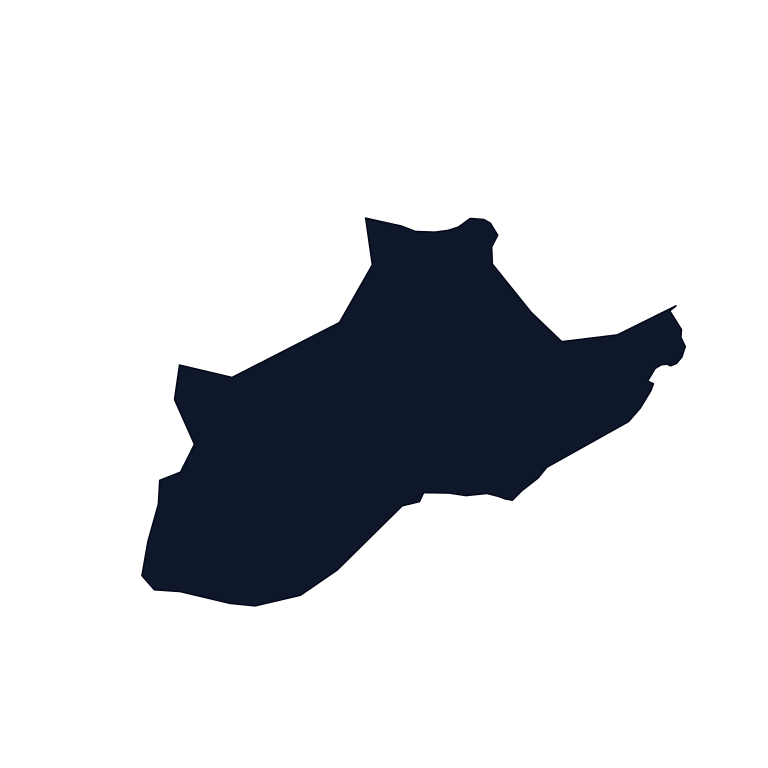 outline of Karsavas, rotated 156°
{"feature_id": "LVA-5744", "entity_name": "Karsavas", "entity_type": "Municipality", "adm_level": 1, "iso_a3": "LVA", "parent_name": "Latvia", "parent_adm1": "", "projection": "equal_earth", "projection_center": [27.571, 56.745], "detail": "fine", "context": "isolated", "style": "filled", "palette": "ink", "viewbox_px": 768, "rotation_deg": 156, "n_neighbors": 0, "source": "natural_earth", "source_scale": "10m", "svg_char_len": 910}
<svg xmlns="http://www.w3.org/2000/svg" viewBox="0 0 768 768"><g transform="rotate(156 384 384)"><path d="M399.5,262.1L416.9,265.3L502.4,233.1L546.1,225.0L592.0,233.7L614.1,246.3L654.7,277.3L677.5,289.4L683.1,307.4L663.7,336.2L639.0,366.0L628.1,387.2L605.7,386.3L581.7,406.0L581.7,455.0L563.1,484.5L520.2,451.8L399.7,458.3L346.2,497.6L333.3,543.0L303.7,521.1L293.3,510.6L275.9,502.1L263.1,498.3L252.2,497.1L237.9,500.2L225.9,493.7L221.4,487.6L219.6,473.7L229.9,465.4L236.2,449.5L220.4,389.6L204.4,350.4L150.9,334.0L84.9,336.7L93.2,334.6L90.1,312.8L93.8,305.7L93.5,295.7L100.9,287.5L108.4,283.8L114.8,284.0L117.5,287.1L122.9,288.8L130.0,287.9L141.9,279.5L137.8,274.6L142.7,269.5L159.7,257.7L175.9,250.2L195.4,248.4L269.2,241.7L281.3,235.5L301.6,230.4L314.0,225.6L320.3,229.9L324.6,234.3L334.4,242.1L354.5,248.7L369.1,258.0L392.0,268.6L399.5,262.1Z" fill="#0f172a" stroke="#020617" stroke-width="1.5"/></g></svg>